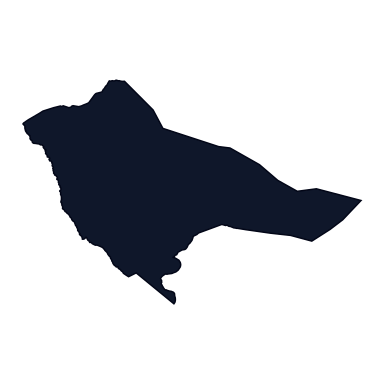 outline of Bo'xmoron, Uvs, Mongolia
{"feature_id": "93677404B1133858650203", "entity_name": "Bo'xmoron", "entity_type": "district", "adm_level": 2, "iso_a3": "MNG", "parent_name": "Mongolia", "parent_adm1": "Uvs", "projection": "natural_earth1", "projection_center": [90.299, 49.813], "detail": "fine", "context": "isolated", "style": "filled", "palette": "ink", "viewbox_px": 384, "rotation_deg": 0, "n_neighbors": 0, "source": "geoboundaries", "source_scale": "gbopen_adm2", "svg_char_len": 5619}
<svg xmlns="http://www.w3.org/2000/svg" viewBox="0 0 384 384"><path d="M124.5,81.3L123.7,81.3L122.9,81.4L120.9,81.2L119.3,80.7L118.5,80.8L116.4,80.2L115.7,80.3L114.9,80.8L113.8,81.0L112.6,80.7L111.9,80.9L111.3,80.9L110.6,81.2L109.3,80.9L108.0,83.0L107.0,85.0L105.6,86.3L104.0,88.9L103.4,89.3L101.9,92.0L96.3,93.4L95.6,93.8L94.5,94.9L88.7,102.8L86.6,103.8L83.2,105.1L81.8,105.8L79.0,106.6L78.4,106.6L73.0,105.7L71.5,106.3L70.9,107.3L69.9,107.4L68.9,107.7L63.2,105.8L62.2,106.3L61.2,106.4L60.4,106.0L53.6,107.7L42.9,111.1L39.3,113.4L28.6,119.6L23.9,122.8L23.3,123.4L23.0,123.9L23.1,124.2L23.5,124.4L23.9,124.8L23.9,125.0L24.1,125.1L24.3,125.4L24.7,125.8L24.7,126.0L24.8,126.1L25.0,127.0L24.9,127.2L25.0,127.4L24.9,127.6L25.0,127.8L25.1,128.1L24.9,128.5L25.0,129.0L25.3,129.4L25.3,130.1L25.7,130.3L25.8,130.6L25.9,130.9L26.0,131.0L25.7,131.2L26.1,131.9L26.4,132.2L26.8,132.9L27.3,133.1L27.2,133.3L27.4,133.4L27.4,133.6L27.5,133.7L27.5,133.8L27.8,134.0L28.2,134.2L28.5,134.5L28.7,134.8L29.2,135.1L29.3,135.3L29.3,135.5L29.5,135.6L29.8,135.6L30.0,135.9L30.1,136.3L29.9,136.7L30.1,137.4L30.3,137.6L30.3,138.0L30.1,138.2L30.0,138.7L30.9,140.0L31.8,140.4L32.0,140.7L32.3,142.1L32.7,142.7L33.7,143.3L36.0,143.5L37.5,143.8L38.5,143.8L38.8,144.0L39.5,144.1L40.0,144.6L40.3,144.8L41.0,144.9L41.8,144.7L42.2,144.9L42.5,145.5L43.1,145.8L43.2,146.1L43.7,146.5L43.4,147.0L43.3,147.5L44.6,149.1L44.9,149.4L45.5,149.6L45.8,149.8L45.9,150.0L45.7,150.4L45.2,150.5L45.1,150.8L45.5,151.4L45.6,152.1L45.8,152.8L45.8,153.0L45.6,153.5L46.1,154.1L46.6,154.8L47.4,155.5L47.2,156.4L47.3,156.9L47.8,157.1L49.0,157.2L49.7,158.1L49.8,158.3L49.7,158.5L49.2,158.9L49.0,159.2L49.1,159.4L49.4,159.6L49.5,159.9L49.5,160.6L49.8,160.9L50.9,160.9L51.5,161.8L52.2,162.3L52.2,162.5L51.8,162.8L51.8,163.0L52.4,163.8L52.5,164.0L52.4,164.4L52.2,165.2L52.2,165.8L52.4,166.2L53.1,166.5L53.4,167.4L53.4,167.5L53.2,167.7L52.9,167.9L52.8,168.1L52.8,168.4L53.0,169.1L53.5,169.5L53.4,169.7L53.1,170.2L53.2,170.8L53.5,171.3L53.7,172.2L53.6,173.1L54.1,173.8L54.7,174.4L54.7,175.0L55.1,175.2L55.5,175.2L55.8,175.4L56.2,175.5L56.3,175.6L56.3,176.2L56.7,176.8L57.3,177.1L57.4,177.3L57.5,178.1L57.4,178.4L56.8,178.9L56.8,179.2L57.0,179.5L57.6,179.7L57.8,180.0L58.4,180.4L58.4,182.5L59.1,183.6L58.8,184.2L58.8,184.5L58.9,184.8L59.5,185.1L59.8,185.7L60.3,186.1L60.3,186.3L59.9,186.9L59.9,187.0L60.4,187.3L60.6,187.5L60.7,188.1L60.8,188.3L61.0,188.5L61.1,188.8L61.1,189.1L60.9,189.6L60.8,189.9L60.6,190.2L60.1,190.4L59.9,190.7L59.7,191.0L59.8,191.4L60.5,192.0L60.7,192.6L60.6,194.2L60.6,194.4L60.8,195.0L61.4,195.8L61.3,197.0L61.6,197.8L61.6,198.2L61.3,199.0L61.5,199.4L61.5,199.9L61.1,200.7L61.2,201.4L60.8,201.9L60.8,202.0L61.1,202.3L61.7,202.6L61.6,203.2L61.6,203.8L62.0,204.6L61.9,205.0L62.0,205.4L62.0,205.5L62.4,206.0L62.7,207.1L62.5,208.4L62.8,208.9L63.0,209.1L64.1,209.6L64.4,210.4L65.1,211.5L66.4,212.3L66.8,212.8L67.0,213.2L67.2,213.4L68.2,214.0L68.7,214.4L69.8,216.2L70.2,217.2L70.5,217.5L71.3,218.0L71.9,219.8L72.9,221.0L73.8,221.5L74.2,221.8L74.4,222.0L74.6,222.8L75.0,223.6L75.5,225.3L75.8,225.8L76.6,226.2L76.6,226.4L76.8,227.5L77.5,228.6L77.6,229.2L77.7,229.7L77.7,230.6L77.8,230.8L78.6,231.2L78.9,232.0L79.2,232.5L79.4,233.1L79.9,233.6L79.8,234.0L79.5,234.2L79.6,234.5L80.6,235.6L81.5,235.9L81.7,236.2L81.8,236.3L81.8,236.9L82.2,237.7L82.3,238.6L82.4,239.2L83.5,239.2L84.1,239.0L84.9,238.4L85.8,237.4L86.1,237.3L86.3,237.4L86.7,237.8L87.0,238.5L87.8,240.1L88.2,240.5L88.9,240.9L89.2,241.3L89.6,242.2L89.9,242.5L91.1,242.4L91.7,242.9L91.9,243.3L92.3,243.7L94.9,245.0L95.6,245.2L96.3,245.1L97.3,245.2L100.5,246.5L102.6,247.5L104.0,249.1L104.5,249.5L104.7,250.0L104.9,250.4L107.0,252.4L107.3,252.9L107.6,253.7L107.9,254.3L108.3,254.9L109.0,255.7L109.2,256.1L109.5,256.3L109.9,256.4L110.4,257.0L110.3,257.4L110.4,257.8L110.6,258.3L111.7,260.1L111.8,261.0L112.4,261.7L113.0,263.5L114.0,264.9L114.5,265.5L115.4,265.9L116.2,266.9L116.7,267.0L117.8,266.7L117.9,266.9L117.9,267.2L118.3,268.2L118.6,268.6L119.6,269.1L120.6,269.9L120.9,270.4L121.3,270.9L121.7,271.2L122.5,271.7L122.9,272.3L123.2,273.0L123.7,273.5L124.6,274.1L126.2,275.2L128.6,276.7L136.2,272.9L173.9,303.8L174.4,303.1L174.9,302.3L175.1,301.7L175.2,301.0L175.4,300.1L175.3,298.0L174.7,295.8L174.6,294.6L174.6,293.9L174.4,293.5L174.2,293.1L173.7,292.5L173.2,292.1L172.5,291.9L171.7,291.5L171.1,291.3L169.6,291.1L168.7,290.8L167.6,290.5L166.3,289.9L165.5,289.9L164.8,289.6L163.3,287.6L163.0,286.9L162.4,286.0L161.9,284.9L161.2,283.8L161.2,283.3L161.7,282.5L161.6,280.5L161.4,280.1L160.8,279.4L160.6,278.4L160.7,278.0L162.0,276.4L163.0,275.6L165.2,274.1L165.6,274.0L167.0,274.2L168.5,273.9L171.8,273.5L172.8,273.1L173.6,272.7L175.1,272.2L176.2,271.7L177.3,270.8L178.3,270.0L180.3,266.9L180.6,265.5L180.7,264.8L180.6,263.9L180.3,262.5L179.7,261.5L179.0,260.4L178.5,259.9L178.0,259.8L177.6,259.5L177.1,259.1L175.1,258.0L173.1,257.4L173.2,257.2L173.5,257.1L173.8,257.1L174.4,256.9L174.5,255.8L175.1,255.5L175.3,255.0L175.5,254.8L175.7,254.7L176.1,254.8L176.3,254.9L176.6,254.8L176.8,254.4L177.5,253.4L177.6,252.6L177.8,252.2L178.2,252.1L182.0,250.0L184.8,249.5L185.9,248.8L187.1,247.2L187.4,246.6L187.7,245.8L188.2,244.8L189.0,243.9L189.8,243.3L192.0,240.3L192.8,238.0L193.1,236.9L193.4,236.2L196.9,234.5L198.5,233.0L221.6,224.5L222.9,224.7L224.2,225.1L225.6,225.5L227.1,225.1L228.3,226.0L229.2,226.4L230.2,226.4L233.9,227.9L235.3,228.0L236.3,228.3L237.3,228.3L246.0,229.7L270.6,233.2L290.6,235.4L311.8,241.1L330.1,229.4L342.7,219.8L361.0,200.5L316.4,188.8L297.3,191.3L277.8,180.4L259.5,164.7L230.0,148.0L218.6,146.6L162.9,128.4L153.1,110.0L124.5,81.3Z" fill="#0f172a" stroke="#020617" stroke-width="1.5"/></svg>